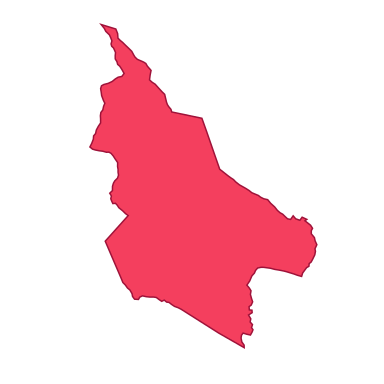 Orós, Ceará, Brazil, rotated 107°
{"feature_id": "56859067B97337581228960", "entity_name": "Orós", "entity_type": "district", "adm_level": 2, "iso_a3": "BRA", "parent_name": "Brazil", "parent_adm1": "Ceará", "projection": "orthographic", "projection_center": [-38.964, -6.244], "detail": "fine", "context": "isolated", "style": "filled", "palette": "rose", "viewbox_px": 384, "rotation_deg": 107, "n_neighbors": 0, "source": "geoboundaries", "source_scale": "gbopen_adm2", "svg_char_len": 2713}
<svg xmlns="http://www.w3.org/2000/svg" viewBox="0 0 384 384"><g transform="rotate(107 192 192)"><path d="M325.6,96.6L323.2,97.4L320.8,100.5L317.3,102.4L314.4,102.8L312.0,101.9L312.0,98.1L311.7,94.3L308.5,93.6L305.9,93.4L304.3,95.4L301.1,95.4L299.3,98.4L296.1,98.7L293.1,102.0L289.8,99.2L287.5,100.1L288.0,102.7L285.0,103.9L282.8,102.3L279.3,101.9L276.5,103.9L272.9,106.2L269.2,106.7L267.1,109.1L265.0,112.3L260.2,110.8L254.7,110.2L251.3,108.6L248.4,108.3L245.5,107.0L243.8,103.9L243.1,101.5L242.0,94.9L241.8,90.2L241.2,85.8L240.7,80.9L240.6,78.1L240.6,73.6L240.6,70.5L240.8,67.0L240.7,62.5L237.1,62.5L234.3,61.5L230.8,60.3L228.9,58.5L226.2,59.0L224.2,57.6L221.3,57.0L216.2,56.2L212.6,56.6L210.4,57.8L205.9,57.2L202.7,60.0L199.8,61.6L197.1,65.7L194.1,66.6L191.5,66.1L189.1,68.9L186.5,75.6L184.6,74.2L183.9,79.3L187.5,80.6L187.3,85.0L185.2,88.3L189.4,89.7L189.7,92.8L188.3,95.7L186.7,98.8L186.1,101.7L184.6,105.0L182.1,108.6L179.8,113.5L177.2,117.4L177.5,121.4L176.9,124.9L175.9,127.5L175.5,131.7L175.2,134.6L173.9,137.8L172.8,141.8L171.3,148.7L169.5,153.3L168.0,155.9L167.1,159.0L166.0,162.2L162.1,172.2L160.0,173.7L149.1,181.7L129.9,195.7L118.6,204.1L121.4,234.8L119.1,236.3L117.2,239.2L115.7,241.0L113.6,242.6L106.6,246.7L104.8,250.2L101.9,255.1L99.7,258.7L98.7,262.2L97.2,265.4L92.6,266.2L87.7,266.7L84.7,271.5L82.6,273.7L81.9,276.2L81.1,283.1L79.6,286.0L77.9,287.9L75.1,290.7L73.1,294.5L71.0,298.7L69.2,302.1L68.1,304.8L66.5,307.8L62.3,309.4L58.4,312.5L58.4,319.5L58.4,327.8L61.2,323.7L63.6,321.4L65.9,316.9L68.4,314.7L70.9,312.8L74.1,312.7L76.1,311.4L77.2,309.2L79.2,307.4L81.0,305.9L84.1,305.3L87.2,304.3L89.3,301.9L91.7,300.4L92.8,297.9L95.3,294.9L98.5,291.6L102.0,292.9L103.8,296.2L106.3,298.4L109.6,300.6L112.6,303.9L115.0,307.8L116.9,309.6L119.9,309.6L122.9,308.1L126.2,306.6L130.4,303.4L132.6,301.3L135.9,301.6L139.6,301.3L142.6,302.4L145.9,301.9L148.8,300.8L152.7,299.6L156.6,300.8L160.7,301.6L164.3,301.3L167.1,302.5L170.3,301.8L174.8,302.1L178.8,302.8L180.1,299.7L180.1,296.8L179.7,292.8L179.1,289.3L179.0,285.5L178.2,283.1L178.7,280.7L180.5,277.9L182.9,275.1L185.6,271.7L189.5,270.6L192.0,269.3L194.7,268.5L197.4,267.2L200.6,267.3L203.9,269.1L206.5,269.7L209.8,269.7L213.9,268.5L217.2,270.3L219.4,267.9L222.2,267.7L224.1,266.2L226.2,264.3L225.2,261.9L226.5,259.6L228.4,257.4L230.3,252.7L232.1,249.3L233.2,246.1L264.4,260.6L294.3,235.3L298.8,231.6L300.4,228.6L302.7,225.6L303.9,222.7L306.8,219.6L309.3,218.3L311.3,215.6L310.4,211.8L307.8,211.2L305.8,209.0L305.5,205.2L304.8,201.6L303.7,198.1L303.3,195.3L304.6,191.7L305.4,189.0L303.5,186.9L304.7,184.1L304.3,181.7L305.4,178.9L306.5,175.3L306.7,171.4L307.3,168.1L319.1,125.2L325.6,96.6Z" fill="#f43f5e" stroke="#9f1239" stroke-width="1.5"/></g></svg>